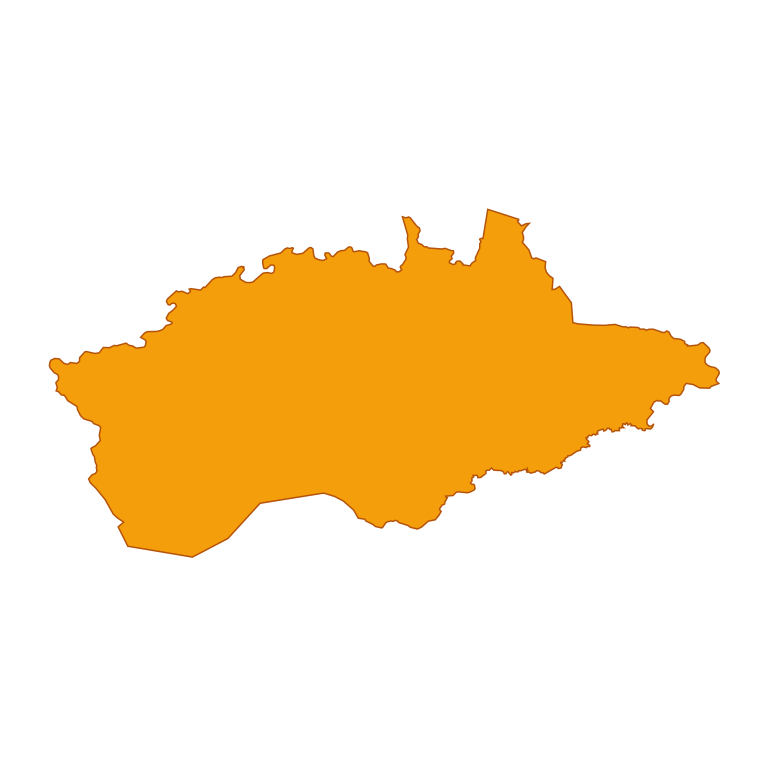 Me, Agnéby, Ivory Coast (Natural Earth projection), rotated 271°
{"feature_id": "98640826B88194950838049", "entity_name": "Me", "entity_type": "district", "adm_level": 2, "iso_a3": "CIV", "parent_name": "Ivory Coast", "parent_adm1": "Agnéby", "projection": "natural_earth1", "projection_center": [-3.666, 5.937], "detail": "fine", "context": "isolated", "style": "filled", "palette": "amber", "viewbox_px": 768, "rotation_deg": 271, "n_neighbors": 0, "source": "geoboundaries", "source_scale": "gbopen_adm2", "svg_char_len": 6122}
<svg xmlns="http://www.w3.org/2000/svg" viewBox="0 0 768 768"><g transform="rotate(271 384 384)"><path d="M296.8,545.8L303.6,557.3L303.6,558.6L302.5,559.8L303.2,562.5L306.8,563.7L308.2,561.9L308.8,562.2L309.0,563.6L310.2,564.6L310.1,565.8L310.9,565.2L311.9,566.5L313.0,566.5L314.4,569.1L315.3,569.0L315.8,571.8L320.2,578.0L321.2,581.6L323.9,582.2L324.6,584.2L324.0,587.6L325.0,588.2L325.1,590.7L326.2,590.9L328.0,588.3L329.8,589.9L332.6,587.2L334.0,587.0L333.8,588.7L335.1,588.7L336.2,589.7L336.0,592.5L337.6,594.0L336.7,596.6L338.3,597.3L337.7,598.5L340.7,598.3L342.6,603.2L342.6,604.0L340.8,604.6L341.5,606.4L343.9,608.6L343.6,609.8L342.5,610.5L342.8,611.8L340.1,612.9L340.5,614.8L341.4,615.4L341.5,620.3L344.1,619.9L344.5,624.5L345.9,622.7L346.6,623.4L348.2,623.4L348.5,624.5L347.6,625.9L349.3,627.0L348.9,628.0L347.3,628.5L348.7,631.0L347.6,632.2L346.6,631.7L346.6,635.5L343.5,639.1L344.1,640.4L343.8,643.1L342.5,643.0L341.9,644.7L342.1,645.9L343.4,645.8L344.0,647.2L343.7,651.4L345.5,653.2L348.9,654.4L346.7,652.5L346.5,649.6L348.7,647.7L352.6,647.5L361.0,653.9L364.2,650.8L370.5,654.1L372.3,657.1L371.7,659.1L372.1,660.8L368.8,665.1L368.7,667.7L371.2,669.3L374.7,669.3L377.2,671.4L377.9,674.3L377.7,679.4L378.9,681.0L383.7,683.7L386.8,683.9L389.9,686.1L388.9,693.0L385.6,699.7L385.5,709.5L387.4,711.2L390.3,718.8L392.5,716.3L393.7,716.0L395.1,716.1L400.2,718.9L401.9,718.9L403.8,717.8L406.1,714.9L407.1,709.9L408.6,706.9L410.6,704.9L414.0,704.4L416.5,705.0L421.6,709.0L423.4,709.4L425.9,708.0L431.0,702.4L430.4,699.7L428.4,697.1L427.2,687.2L427.4,686.6L428.3,687.0L429.7,683.9L431.8,683.9L433.9,679.7L434.6,672.7L437.3,669.9L440.8,668.1L442.0,665.8L440.5,663.8L440.3,662.1L443.5,652.3L443.3,647.8L442.3,645.0L443.4,643.5L443.3,639.0L444.4,638.1L445.0,636.3L445.2,628.9L444.4,627.4L445.3,625.6L445.4,621.4L447.6,613.9L446.5,603.6L446.5,593.2L447.5,577.2L448.6,571.8L468.5,569.9L484.6,557.8L481.8,553.5L481.4,550.5L492.6,551.1L495.2,547.4L498.5,544.5L502.9,543.0L509.1,543.5L512.7,533.8L511.8,531.8L512.7,529.5L520.5,526.6L528.2,519.8L530.3,520.9L533.4,521.0L537.9,519.6L543.9,523.4L547.1,526.4L546.7,523.1L544.5,518.7L548.2,515.1L549.4,514.7L550.0,515.7L551.0,515.8L560.4,484.7L531.1,480.4L531.4,479.1L530.5,477.1L527.8,478.5L526.0,477.3L521.3,477.3L511.6,473.1L509.1,473.5L506.3,469.7L503.6,468.0L504.5,460.7L505.5,460.8L508.3,457.8L508.0,454.7L506.6,453.5L505.5,453.6L504.6,451.1L506.4,447.2L508.1,447.3L510.5,449.9L512.7,449.0L516.1,451.4L518.4,451.0L518.5,449.0L520.7,442.8L520.0,439.4L520.8,425.9L521.9,424.4L521.9,421.8L524.2,419.2L525.4,415.8L529.2,414.1L531.7,415.9L534.3,415.5L537.8,417.4L540.7,416.6L542.2,414.2L550.7,407.3L551.4,405.7L550.5,403.1L551.5,399.5L533.1,405.2L529.7,404.8L521.3,406.1L513.7,402.7L511.0,403.9L508.8,403.6L503.6,400.3L502.0,398.4L500.7,398.3L498.4,399.7L496.5,397.1L496.3,394.6L497.9,393.4L499.5,389.6L500.0,386.3L504.0,383.5L504.0,379.1L502.9,374.5L501.4,372.5L501.7,371.0L506.4,367.0L509.7,367.0L514.9,365.3L515.8,363.4L516.8,356.7L515.7,351.9L516.0,350.9L519.7,349.4L520.5,348.0L520.2,346.0L516.9,342.3L516.6,338.8L515.1,335.3L510.5,331.0L510.8,329.3L514.0,326.6L514.1,323.6L513.7,322.8L511.8,322.6L508.3,324.5L506.5,321.1L506.8,317.8L508.5,313.0L511.0,311.6L517.7,310.6L519.0,309.0L519.0,307.2L518.3,306.1L513.2,300.5L512.1,294.1L513.6,289.9L514.5,289.5L518.0,290.9L518.7,290.4L517.8,287.1L518.4,285.1L517.3,282.6L513.2,278.5L510.0,267.2L506.1,260.7L502.7,260.6L497.8,261.7L497.3,262.6L497.5,265.0L500.9,268.5L501.0,270.8L500.7,271.8L498.4,272.7L494.3,272.0L493.3,271.3L492.6,269.2L493.4,265.7L492.7,261.1L483.6,251.0L483.0,247.6L483.2,244.1L486.2,238.5L489.8,237.9L495.7,242.2L498.6,241.7L498.0,241.0L498.8,240.8L499.1,239.5L497.9,236.2L492.8,233.7L489.1,230.1L488.5,222.1L487.6,220.4L487.9,217.4L487.2,213.3L485.2,210.4L477.4,203.5L477.8,202.0L474.7,199.0L476.0,189.1L475.4,187.5L473.4,188.9L472.7,188.5L470.9,186.2L473.2,180.4L472.5,176.4L473.5,174.8L465.2,166.0L462.7,165.0L459.6,166.8L459.2,168.5L460.8,170.3L461.2,172.4L460.6,173.9L458.2,175.2L454.3,171.9L450.9,167.6L446.1,165.1L443.6,166.6L442.4,170.7L441.1,171.1L439.7,168.9L438.6,165.1L434.8,162.0L433.4,159.1L432.6,155.8L432.2,146.2L430.7,143.6L426.4,139.9L424.1,144.1L422.5,145.5L418.4,144.8L416.7,143.6L415.5,135.7L417.6,132.0L418.3,128.2L420.2,125.7L420.1,124.6L417.5,115.8L417.9,113.8L415.5,108.8L415.6,102.7L410.1,98.6L409.5,94.2L411.2,86.0L411.0,84.5L405.2,79.3L401.3,79.1L399.2,76.6L400.0,69.9L398.5,68.4L398.2,66.5L399.3,63.3L403.4,58.9L403.8,54.5L402.0,50.6L400.3,49.7L396.7,49.1L394.0,50.1L389.6,54.0L387.8,57.5L385.8,58.5L382.7,58.4L379.5,55.9L374.7,57.4L371.4,56.3L370.5,58.9L367.5,61.6L367.0,64.8L361.8,68.1L356.2,77.4L353.3,77.9L347.1,81.1L343.9,84.5L341.5,92.7L339.3,94.5L337.6,99.4L335.7,101.5L327.5,100.2L322.6,101.3L317.1,96.6L315.3,93.1L314.1,92.1L308.8,94.0L306.3,95.7L300.9,96.7L297.3,98.3L295.7,97.8L291.6,98.5L289.5,96.9L288.0,93.5L283.9,90.3L280.2,92.0L274.7,97.8L263.7,107.1L249.3,115.5L245.4,119.9L241.4,126.1L236.5,120.7L217.3,130.7L207.6,195.4L226.8,230.6L262.6,262.2L273.6,323.8L273.7,326.4L270.7,336.6L266.3,345.4L257.4,355.9L249.4,360.6L248.5,367.0L246.7,368.3L243.5,375.2L241.4,377.9L240.1,383.9L240.4,385.0L245.4,388.3L246.2,389.7L247.2,393.3L246.8,395.6L247.9,397.6L247.3,399.7L245.7,401.2L243.0,410.3L241.1,413.1L239.6,420.0L241.6,424.1L247.6,430.6L249.1,437.5L253.2,440.9L257.6,443.4L259.1,441.8L260.9,442.1L263.9,444.2L265.0,446.7L267.1,446.9L271.5,449.3L271.8,448.2L273.0,447.6L273.7,455.0L277.0,458.1L277.5,460.3L276.7,469.0L277.3,471.6L279.6,476.0L280.8,476.8L284.2,476.3L285.0,475.8L285.6,472.9L286.6,472.2L288.8,473.7L291.2,473.4L292.7,475.3L294.1,474.5L294.4,478.7L292.0,479.5L292.3,482.5L296.4,487.5L298.8,487.3L299.6,488.6L299.7,490.9L301.9,493.0L299.7,495.5L299.5,502.7L298.1,505.0L296.3,505.9L296.4,507.5L297.9,508.1L298.5,509.4L295.1,512.4L295.6,513.3L297.7,513.3L297.5,515.1L299.0,517.0L298.4,517.6L298.7,520.0L299.7,520.2L299.7,522.4L301.2,526.4L300.2,528.1L301.9,528.6L300.2,529.3L299.3,528.2L298.4,528.3L298.4,530.9L297.4,532.1L298.7,536.8L300.0,538.2L299.7,540.9L298.1,542.4L298.1,544.5L296.8,545.8Z" fill="#f59e0b" stroke="#b45309" stroke-width="1.5"/></g></svg>